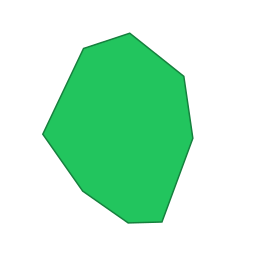 outline of Rose Island, United States of America, rotated 36°
{"feature_id": "52423323B32289273643205", "entity_name": "Rose Island", "entity_type": "district", "adm_level": 2, "iso_a3": "USA", "parent_name": "United States of America", "parent_adm1": "", "projection": "orthographic", "projection_center": [-168.153, -14.542], "detail": "fine", "context": "isolated", "style": "filled", "palette": "green", "viewbox_px": 256, "rotation_deg": 36, "n_neighbors": 0, "source": "geoboundaries", "source_scale": "gbopen_adm2", "svg_char_len": 269}
<svg xmlns="http://www.w3.org/2000/svg" viewBox="0 0 256 256"><g transform="rotate(36 128 128)"><path d="M45.3,89.8L62.7,183.1L128.5,205.7L183.9,204.7L210.7,184.1L186.5,98.2L142.8,53.4L73.7,50.3L45.3,89.8Z" fill="#22c55e" stroke="#15803d" stroke-width="1.5"/></g></svg>